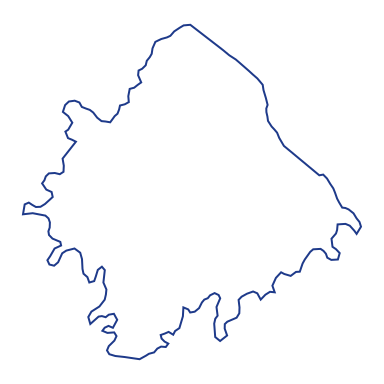 outline of Davinópolis, Goiás, Brazil
{"feature_id": "56859067B54899657336116", "entity_name": "Davinópolis", "entity_type": "district", "adm_level": 2, "iso_a3": "BRA", "parent_name": "Brazil", "parent_adm1": "Goiás", "projection": "robinson", "projection_center": [-47.577, -18.114], "detail": "fine", "context": "isolated", "style": "outline", "palette": "blue", "viewbox_px": 384, "rotation_deg": 0, "n_neighbors": 0, "source": "geoboundaries", "source_scale": "gbopen_adm2", "svg_char_len": 2895}
<svg xmlns="http://www.w3.org/2000/svg" viewBox="0 0 384 384"><path d="M337.9,259.5L339.7,253.1L335.9,249.1L332.5,246.8L331.5,238.7L336.0,233.5L337.1,230.0L337.6,224.4L345.5,223.9L349.8,225.7L354.3,230.7L356.6,233.9L361.0,226.7L359.5,222.0L356.6,218.4L353.5,213.3L348.6,209.4L345.4,208.0L342.2,207.6L339.0,202.2L337.1,198.6L335.0,192.6L333.3,188.4L330.3,184.0L327.0,178.5L323.2,174.6L319.3,175.3L283.9,145.9L279.2,137.9L277.1,132.7L274.4,129.5L271.6,126.5L268.0,120.9L267.4,116.5L266.4,112.1L266.3,108.5L267.6,104.9L265.9,98.1L263.5,90.1L262.7,84.8L257.3,78.4L252.6,74.3L248.9,70.9L244.1,66.7L235.8,59.5L229.3,55.3L222.9,50.0L190.3,24.8L183.6,25.4L179.6,27.8L174.2,31.4L170.4,35.8L167.0,37.4L161.3,39.0L155.4,41.8L152.5,48.4L151.7,53.8L149.8,57.1L146.8,60.8L145.7,65.3L142.1,68.8L138.6,70.5L138.1,75.2L141.2,82.4L137.7,84.9L134.2,87.7L129.7,88.9L128.3,96.2L128.8,102.1L124.8,104.3L120.0,105.5L119.1,109.5L117.5,113.7L114.7,116.1L112.7,118.9L110.2,122.3L105.5,121.5L101.5,121.1L97.2,117.7L93.2,112.5L89.8,109.9L85.8,108.5L81.8,106.9L79.4,102.5L74.7,100.7L68.9,101.5L65.1,105.1L62.9,111.9L68.2,116.1L72.3,122.7L68.2,129.7L65.4,131.6L68.0,138.1L71.9,139.7L75.9,141.7L62.6,158.6L63.8,165.7L63.5,171.8L59.8,174.2L54.8,173.0L48.9,173.4L45.8,176.4L44.4,180.3L42.1,183.4L46.3,189.6L51.6,192.0L52.7,197.0L45.0,204.0L40.5,206.8L35.9,207.0L32.1,204.8L28.8,202.6L24.7,204.4L23.0,214.3L32.7,213.2L45.4,215.6L48.5,218.4L49.9,222.4L49.7,227.6L48.4,231.3L49.0,235.0L52.5,238.6L60.3,241.9L61.1,245.5L54.6,248.5L50.1,256.3L47.4,260.2L49.4,264.5L54.1,265.7L58.1,262.3L62.2,253.3L66.3,250.6L74.5,248.5L80.2,252.7L82.0,259.1L82.5,269.0L83.5,273.7L87.4,277.1L89.3,282.5L94.2,281.1L95.8,276.5L97.8,269.9L101.9,266.7L104.8,270.1L103.4,282.5L106.4,289.5L105.9,294.5L104.7,299.7L99.4,306.5L91.4,311.6L88.3,317.0L90.3,324.0L98.6,316.6L101.9,316.1L105.7,317.2L108.8,314.7L113.9,313.8L117.2,319.8L112.9,327.8L108.5,325.9L104.7,327.7L102.4,330.8L107.4,332.9L114.2,332.4L116.5,336.1L114.4,340.6L108.8,346.1L107.0,350.4L109.3,354.2L115.3,356.0L124.5,357.0L139.6,359.2L146.1,355.6L148.9,353.8L154.1,352.4L157.3,348.6L161.1,346.6L165.8,347.0L168.3,343.6L164.6,341.6L161.6,338.6L160.7,335.0L164.7,333.6L168.6,331.9L173.2,334.7L175.1,331.0L179.4,328.1L182.9,316.3L183.4,307.4L188.2,309.4L190.2,312.5L194.7,311.7L199.1,308.1L201.9,302.5L204.3,299.6L207.8,298.2L210.1,295.3L214.6,293.1L218.6,295.0L220.2,298.3L216.5,307.0L217.6,315.7L215.3,318.7L214.2,323.6L215.2,337.0L220.1,341.0L227.1,335.5L224.7,328.6L224.8,324.1L227.3,321.7L236.6,317.7L239.3,313.3L239.5,307.4L238.6,299.9L241.6,296.7L247.0,293.7L253.1,291.5L257.3,293.3L260.7,299.6L265.4,294.7L270.0,291.8L274.7,292.3L272.4,285.7L275.9,277.9L281.1,272.3L284.3,274.0L290.7,275.9L296.0,271.9L299.8,271.7L302.6,263.5L304.8,259.5L310.2,251.9L313.2,249.3L320.6,248.9L323.5,250.9L325.9,253.7L327.3,257.7L331.3,259.9L337.9,259.5Z" fill="none" stroke="#1e3a8a" stroke-width="2"/></svg>